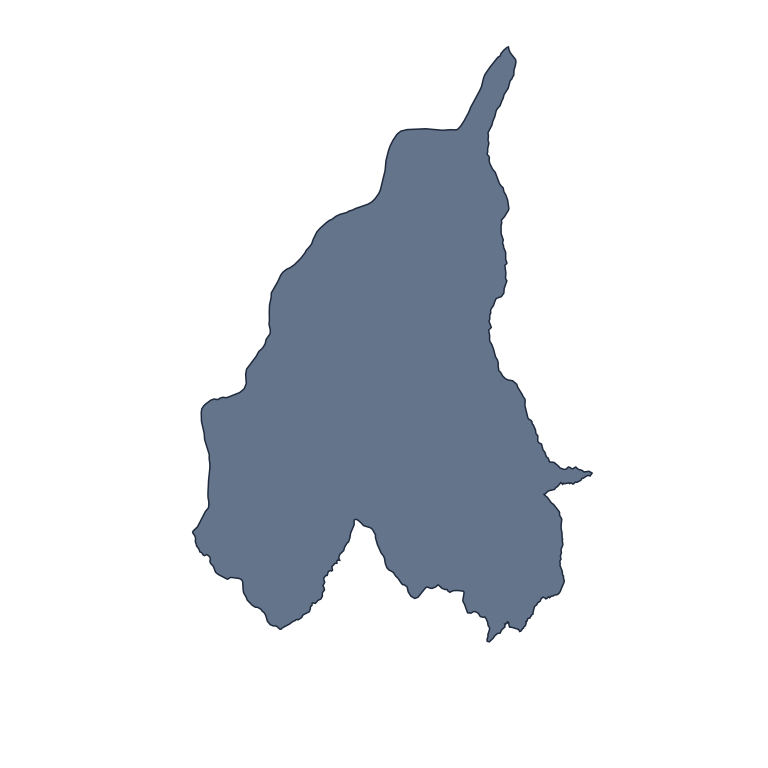 the district of Briceño, Antioquia, Colombia, rotated 341°
{"feature_id": "7082276B58597491510364", "entity_name": "Briceño", "entity_type": "district", "adm_level": 2, "iso_a3": "COL", "parent_name": "Colombia", "parent_adm1": "Antioquia", "projection": "natural_earth1", "projection_center": [-75.542, 7.121], "detail": "fine", "context": "isolated", "style": "filled", "palette": "slate", "viewbox_px": 768, "rotation_deg": 341, "n_neighbors": 0, "source": "geoboundaries", "source_scale": "gbopen_adm2", "svg_char_len": 6159}
<svg xmlns="http://www.w3.org/2000/svg" viewBox="0 0 768 768"><g transform="rotate(341 384 384)"><path d="M602.5,109.4L600.4,111.8L598.1,112.1L587.5,118.8L580.1,124.3L577.7,127.2L572.8,134.8L569.7,138.0L555.8,150.8L552.5,154.7L545.5,161.2L540.2,165.3L536.4,167.2L534.5,167.1L530.0,165.3L521.8,163.1L506.7,156.3L488.8,151.0L482.3,150.4L477.8,152.0L472.3,156.1L467.7,160.5L464.5,164.4L458.6,173.4L454.6,182.4L443.9,199.1L441.2,202.1L435.6,206.1L431.4,208.0L427.0,208.8L414.0,208.8L411.0,209.3L407.2,209.1L404.9,209.7L397.2,209.3L393.1,209.8L388.2,211.4L385.7,211.5L382.2,212.6L374.4,215.9L370.1,218.3L364.4,223.9L361.4,227.7L359.7,229.1L353.9,232.4L351.8,234.4L346.5,237.9L338.2,242.0L332.9,243.5L329.2,243.8L324.8,245.4L322.0,247.3L317.0,252.5L307.1,261.2L305.6,265.2L301.4,272.2L299.0,278.5L296.3,286.7L294.7,290.1L294.1,295.9L292.7,299.4L287.1,303.4L284.8,307.2L282.3,309.4L280.0,310.9L276.2,312.5L272.2,316.2L258.9,325.2L256.4,329.7L253.9,338.8L250.2,343.0L244.8,345.1L231.7,345.7L230.1,345.5L227.3,344.1L224.3,344.0L221.9,344.7L218.5,342.9L215.0,342.9L208.9,344.8L206.4,346.0L203.7,348.1L202.0,351.2L199.3,359.7L197.9,372.1L196.3,378.2L195.8,394.0L194.5,397.2L193.4,402.6L192.1,406.5L186.8,417.9L181.9,430.2L180.7,433.9L180.0,438.3L178.8,441.9L177.6,444.0L173.6,446.4L161.2,458.3L155.8,460.8L154.9,461.7L154.7,462.4L155.6,465.6L155.7,468.3L154.2,471.9L154.4,474.2L154.0,475.9L155.3,480.1L155.2,482.7L156.7,484.1L157.4,487.0L158.4,487.8L160.7,487.6L161.7,488.5L162.9,490.7L163.0,492.6L161.6,495.0L161.7,497.3L163.3,501.0L163.4,506.9L165.1,509.9L172.2,517.5L173.1,517.6L175.2,516.9L177.1,517.4L183.9,520.8L185.7,522.9L186.0,524.9L183.8,532.7L183.3,535.9L184.3,541.0L184.3,543.7L187.3,550.2L189.6,553.1L191.6,553.9L194.3,556.9L194.9,559.2L196.2,561.2L196.6,562.6L196.8,565.3L196.5,570.3L198.0,574.4L200.3,576.5L203.5,577.9L205.8,582.0L207.1,582.3L208.3,581.5L216.6,580.2L220.4,578.9L222.7,578.8L224.4,578.1L226.0,579.0L229.9,578.1L232.3,576.0L239.2,575.0L241.2,572.6L241.7,570.9L243.8,569.9L244.8,567.8L245.7,567.9L247.6,569.1L251.4,567.0L254.2,566.8L256.5,564.8L257.9,561.1L260.6,559.5L261.0,557.6L260.7,554.7L263.4,552.2L263.4,548.8L264.1,547.8L266.4,546.2L268.0,546.5L270.1,543.4L272.4,542.8L273.3,543.7L274.2,543.6L274.7,543.3L275.2,539.8L279.2,537.6L281.1,538.2L281.8,536.1L282.7,535.4L284.7,536.3L284.7,533.4L286.7,530.7L291.6,528.4L293.7,525.4L297.3,522.4L299.0,521.8L301.6,518.4L303.9,514.1L310.0,507.3L311.1,503.8L311.6,502.9L312.5,502.6L314.5,503.5L316.8,507.2L318.6,511.3L323.8,515.1L324.8,516.1L325.8,517.9L326.8,523.9L325.9,526.5L325.5,533.7L326.3,543.0L327.5,546.3L327.7,549.0L326.8,554.2L326.9,558.6L327.8,561.0L330.8,564.3L331.6,565.7L332.5,569.4L334.0,572.3L335.5,578.1L336.3,579.8L337.9,580.5L339.8,583.4L339.2,588.4L340.4,593.5L343.3,596.8L346.7,596.7L357.2,590.1L359.1,590.2L361.4,592.3L362.9,592.9L366.9,592.7L369.5,591.5L370.0,591.7L372.1,595.8L374.8,598.2L376.7,598.8L377.1,600.7L378.5,602.4L382.0,601.9L386.6,603.3L391.5,605.7L391.9,606.8L391.4,608.1L388.1,614.2L387.9,615.5L388.4,618.5L388.5,627.3L388.7,627.7L391.8,629.0L394.5,628.3L396.6,629.2L398.6,631.7L399.2,634.8L399.6,635.4L401.8,636.8L403.4,637.1L404.2,639.7L404.4,642.9L403.8,646.5L404.5,648.8L403.7,650.7L400.6,654.8L400.4,656.1L398.0,659.5L397.9,661.0L399.6,662.1L404.7,659.8L406.5,658.3L410.2,656.8L412.9,657.3L414.9,654.9L419.2,653.1L419.9,651.4L419.9,650.2L421.1,650.6L421.7,649.9L422.8,650.2L423.0,649.3L423.6,649.1L424.2,650.3L423.6,653.0L423.6,654.8L425.5,655.6L430.7,659.4L431.5,660.5L431.7,662.2L433.0,662.2L435.3,660.5L436.3,660.3L437.3,659.1L439.0,658.6L440.8,656.0L440.8,654.9L442.0,654.8L443.5,652.8L444.2,652.5L445.7,652.8L448.5,650.4L450.0,650.0L450.7,648.2L453.9,643.4L456.5,642.5L458.0,641.0L460.9,640.2L462.5,638.3L464.9,637.3L466.8,638.9L467.0,639.8L468.3,639.8L470.3,638.7L471.0,640.0L473.0,639.1L475.1,639.5L476.7,639.0L478.4,639.6L480.8,639.2L482.9,637.7L489.4,630.4L490.5,628.6L490.4,626.7L491.2,623.9L490.7,622.5L491.6,619.0L491.3,612.9L492.1,611.2L492.6,608.7L494.4,607.2L494.6,604.3L496.8,601.4L497.4,598.2L500.8,594.3L501.6,590.1L502.4,588.8L502.3,587.5L503.8,582.9L504.4,578.4L505.6,574.9L508.1,569.7L507.3,565.1L508.1,562.9L508.1,561.7L505.2,553.3L503.4,550.5L501.6,544.4L499.8,541.6L499.4,540.4L500.9,540.3L504.5,538.6L510.9,539.2L513.0,537.7L514.6,537.5L519.1,534.8L520.3,537.1L521.4,536.3L522.6,537.2L526.4,537.6L526.9,538.6L528.6,538.4L529.8,539.9L530.5,540.2L532.9,539.1L534.5,539.8L538.9,539.1L540.3,537.8L542.0,537.9L546.0,536.8L547.6,537.1L548.9,538.1L551.8,536.0L549.5,533.3L544.6,532.3L542.9,529.9L539.9,527.9L538.3,524.9L534.9,525.6L533.7,525.0L532.8,523.5L531.3,522.5L528.3,523.8L526.4,523.4L523.0,520.6L522.3,518.6L519.3,513.5L515.2,511.6L515.1,507.6L513.8,505.7L513.9,501.0L512.9,498.0L513.4,492.0L511.4,490.2L510.9,488.7L510.9,487.8L512.6,483.0L511.5,480.3L512.3,476.6L511.8,471.3L511.2,469.8L511.6,467.6L511.0,466.1L509.6,464.5L509.0,463.1L510.2,450.2L512.1,445.6L512.3,443.9L511.4,441.1L511.2,438.6L509.4,430.8L509.5,428.2L509.1,426.9L506.7,422.8L502.3,420.4L500.4,418.3L498.8,415.0L498.0,410.8L496.9,408.9L498.0,403.3L498.7,402.1L499.1,398.5L498.3,394.5L498.9,386.8L498.8,381.9L498.0,378.3L498.2,376.5L499.6,372.9L500.5,367.2L503.9,365.4L503.7,358.8L505.1,357.2L506.4,353.3L508.0,351.7L508.8,348.9L510.3,347.4L512.9,345.6L517.2,340.2L519.0,339.6L523.4,339.6L526.9,337.1L528.7,332.9L533.8,326.4L533.3,324.7L533.5,323.1L535.4,318.7L536.8,311.5L537.1,311.0L539.3,310.1L539.7,309.4L539.6,305.8L541.9,299.1L541.6,293.7L542.1,291.9L541.9,289.4L543.7,286.6L543.7,280.0L546.2,272.5L547.8,270.0L548.3,267.4L552.7,264.8L558.4,260.0L559.2,258.8L560.8,250.3L560.7,245.0L560.0,241.2L560.5,237.3L559.3,235.0L558.4,232.1L558.1,220.1L556.6,216.0L555.8,210.1L556.1,207.3L557.3,204.3L557.3,202.6L556.4,200.9L556.6,199.7L557.5,198.5L558.8,194.9L561.6,190.5L561.7,187.4L563.5,183.5L564.1,180.3L570.2,174.5L572.5,170.9L575.7,167.4L579.1,162.1L580.7,160.7L584.4,158.6L588.1,154.1L589.4,153.0L591.8,149.4L597.7,144.8L601.9,138.5L604.3,137.1L605.6,135.5L607.1,134.5L609.3,129.2L611.9,125.6L613.7,122.3L614.0,119.9L611.2,111.9L611.0,108.6L611.4,105.8L609.7,105.9L606.1,107.3L602.5,109.4Z" fill="#64748b" stroke="#1e293b" stroke-width="1.5"/></g></svg>